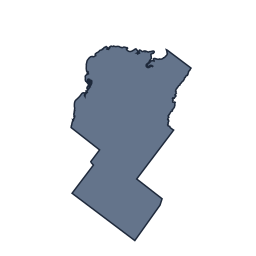 Port Pirie, South Australia, Australia, rotated 37°
{"feature_id": "25037944B53650156153507", "entity_name": "Port Pirie", "entity_type": "district", "adm_level": 2, "iso_a3": "AUS", "parent_name": "Australia", "parent_adm1": "South Australia", "projection": "equal_earth", "projection_center": [137.965, -33.365], "detail": "fine", "context": "isolated", "style": "filled", "palette": "slate", "viewbox_px": 256, "rotation_deg": 37, "n_neighbors": 0, "source": "geoboundaries", "source_scale": "gbopen_adm2", "svg_char_len": 5522}
<svg xmlns="http://www.w3.org/2000/svg" viewBox="0 0 256 256"><g transform="rotate(37 128 128)"><path d="M122.6,213.8L201.2,213.8L200.0,170.3L197.8,164.0L165.6,163.5L165.7,102.2L164.4,102.3L161.3,102.3L160.5,101.6L158.8,102.1L158.5,101.8L157.8,101.7L157.6,101.3L157.7,100.6L157.3,100.4L157.1,99.8L156.8,99.7L156.4,97.9L155.3,97.1L154.8,97.5L154.4,97.2L154.0,95.9L154.2,94.9L152.8,94.3L153.1,93.7L152.6,92.7L152.9,92.2L152.6,91.7L152.7,91.2L152.4,89.1L153.2,87.8L153.1,87.4L152.4,86.9L152.6,85.9L152.6,84.5L152.5,83.4L152.0,82.4L152.0,82.0L151.7,81.7L151.5,81.2L150.8,80.7L150.3,79.1L149.6,79.2L149.2,79.8L148.1,80.4L147.6,79.7L147.2,79.4L147.3,78.5L145.7,77.7L145.6,77.1L146.1,76.6L146.4,76.4L146.8,76.6L147.0,76.4L146.8,76.2L147.0,75.3L146.9,74.7L147.1,73.8L146.7,73.3L145.9,73.5L145.8,73.2L145.5,73.1L145.7,72.3L145.4,71.2L145.5,71.1L144.8,70.7L144.4,69.9L143.7,69.9L143.5,69.0L143.1,68.2L143.2,66.5L143.0,66.1L143.2,65.2L143.0,64.0L143.2,63.2L143.6,62.5L143.1,61.0L143.4,60.4L143.4,58.4L143.7,57.5L143.7,56.1L143.5,55.7L143.5,54.7L143.0,54.1L143.0,53.6L143.3,53.0L143.0,51.8L143.3,50.9L143.8,50.2L143.6,49.6L143.3,49.4L143.5,48.9L143.2,48.6L143.0,47.6L142.4,46.5L142.6,44.3L142.2,43.0L142.4,42.6L142.2,42.2L112.4,42.2L111.5,42.4L113.5,43.8L113.9,44.6L114.7,44.9L114.9,45.3L115.1,46.8L114.8,48.3L114.8,49.0L114.7,49.9L114.1,50.5L114.0,51.5L113.4,52.7L112.6,53.4L111.6,53.9L111.5,54.3L111.3,54.3L111.2,54.7L110.4,55.3L109.2,55.6L109.0,56.0L107.6,56.2L106.8,57.0L106.7,57.7L107.1,57.7L107.8,58.4L108.5,58.6L108.6,58.9L107.7,59.0L106.1,60.4L106.0,61.1L106.1,61.3L106.2,62.0L105.9,61.6L105.9,62.8L105.7,64.0L105.2,64.9L105.4,65.6L105.0,66.3L105.1,66.5L105.4,66.8L105.2,66.3L105.4,66.2L106.3,67.1L106.9,67.1L107.3,66.6L107.8,65.1L108.4,64.2L109.5,63.7L110.6,63.7L110.6,64.2L109.7,64.3L109.1,64.9L109.1,65.4L108.5,66.3L108.5,66.8L107.8,67.5L107.6,67.6L107.6,67.8L106.4,68.0L105.6,67.9L104.8,67.1L104.5,66.5L104.4,66.1L105.1,63.3L105.1,62.1L104.9,62.0L104.9,61.2L104.7,61.1L104.8,58.5L103.6,57.0L103.1,56.8L102.9,56.3L102.2,55.8L101.9,55.3L102.5,54.3L102.5,53.8L102.7,53.3L103.3,53.1L103.3,51.8L103.3,51.6L102.8,51.1L101.8,51.3L100.0,53.4L99.1,54.2L98.5,55.3L97.3,55.5L96.7,55.8L95.9,55.8L95.7,56.1L95.7,56.6L95.3,56.3L95.0,56.4L94.4,56.9L93.9,58.0L93.3,58.3L92.9,58.5L91.3,58.4L90.3,58.8L90.2,59.3L90.7,59.9L91.3,61.4L91.5,61.5L92.5,60.8L92.2,61.3L91.4,61.8L91.3,63.1L90.7,63.3L91.0,63.0L91.2,62.6L90.5,62.8L91.1,62.2L90.7,61.8L90.5,62.4L90.0,62.7L90.2,62.1L90.2,61.6L89.5,60.8L88.4,60.3L87.7,60.4L86.7,60.0L86.1,60.9L85.6,62.5L84.8,64.3L84.0,65.4L83.1,66.0L82.2,66.4L79.7,66.3L79.5,65.6L79.7,65.0L79.7,64.6L79.4,64.4L78.7,64.4L78.1,65.1L77.1,65.2L75.9,65.9L75.1,67.3L74.3,67.7L73.9,67.7L73.4,68.1L71.8,68.3L70.6,69.0L69.2,70.4L68.0,71.0L67.3,71.1L67.3,71.5L66.8,72.1L65.3,72.7L64.9,73.3L64.5,74.6L64.5,75.2L64.8,75.7L65.1,75.5L65.0,76.3L65.4,76.3L65.0,76.5L65.2,76.9L63.7,77.7L63.5,77.4L63.5,76.5L63.2,76.1L61.5,76.1L61.3,77.0L60.6,77.8L60.4,79.4L60.5,80.0L60.0,80.3L60.2,80.9L59.7,81.8L58.9,82.7L58.6,84.8L58.2,86.0L57.8,86.6L57.3,88.5L57.4,88.9L58.3,89.2L58.7,89.7L58.1,90.6L58.0,91.4L57.3,92.1L56.9,92.3L57.0,92.1L56.8,92.1L55.7,93.0L55.2,93.8L54.8,95.6L54.8,98.3L54.9,99.0L56.4,102.3L57.0,103.0L58.9,105.7L60.7,107.5L61.3,107.6L60.9,107.4L61.1,107.4L61.9,107.9L62.7,109.3L62.9,109.4L63.0,109.1L62.5,108.4L63.1,108.2L62.5,107.9L62.6,108.2L62.2,108.0L62.2,107.8L62.6,107.6L61.9,106.9L62.4,107.1L63.2,108.2L63.6,109.0L63.5,109.5L63.2,109.7L62.8,110.3L62.6,112.1L62.8,112.6L63.9,113.8L64.9,115.3L66.0,116.1L66.5,116.0L67.3,116.2L67.1,116.0L67.2,115.9L66.5,115.5L68.3,116.0L68.2,115.6L67.1,115.4L67.3,115.1L66.7,115.2L67.3,114.9L67.2,114.6L67.8,114.7L68.0,114.8L68.5,115.7L68.4,116.2L69.5,116.8L70.3,116.6L69.7,116.5L70.1,116.3L69.0,116.0L68.6,115.5L68.1,114.3L68.7,114.5L68.8,114.1L66.6,113.5L66.7,113.1L67.2,112.9L67.2,112.6L67.8,112.4L67.9,113.1L68.1,113.4L68.0,112.7L68.3,112.4L69.7,113.3L69.8,113.9L68.9,114.0L69.6,114.3L69.7,115.0L70.5,116.0L70.6,116.7L70.8,116.3L71.5,116.5L71.5,116.3L71.0,116.0L71.6,115.9L71.3,115.7L71.2,115.5L70.7,115.6L70.4,115.4L70.4,114.7L70.8,114.2L70.7,114.0L70.2,113.3L70.3,112.8L69.5,112.5L69.6,112.3L70.4,112.0L71.1,112.6L72.2,114.3L72.4,115.2L72.6,117.1L73.0,118.4L73.1,119.4L73.0,120.0L73.1,122.5L72.8,122.4L72.7,122.9L73.1,123.3L73.2,123.8L72.8,123.9L73.2,124.1L74.1,124.0L74.7,124.4L74.1,124.1L73.4,124.2L73.8,124.4L73.9,125.0L73.7,125.5L73.8,126.0L73.5,126.3L73.3,126.3L73.2,126.0L73.6,124.9L73.3,125.0L73.0,125.4L73.1,125.1L73.1,124.4L72.8,124.7L72.6,125.7L73.4,127.2L73.6,127.9L74.1,128.2L74.1,127.8L74.6,128.6L74.2,128.4L74.0,128.5L73.4,128.0L73.3,127.3L73.0,126.5L72.7,126.2L72.0,126.2L71.5,126.6L71.1,127.3L71.4,126.6L71.0,126.8L70.8,127.2L70.4,128.1L70.4,132.0L69.9,135.4L69.6,136.5L69.5,138.4L70.2,140.2L71.3,141.9L72.4,143.3L73.4,144.1L75.0,146.9L74.8,146.4L75.0,146.3L75.2,147.3L75.7,148.2L75.2,147.3L75.3,147.1L76.2,148.5L76.2,148.8L75.8,148.4L76.5,149.7L77.0,150.0L78.1,151.6L78.4,151.6L78.2,151.2L78.4,151.3L77.8,150.0L78.5,150.8L79.1,152.2L79.1,153.1L79.5,154.1L79.2,154.0L79.3,154.5L79.0,154.6L79.4,154.8L79.5,155.5L79.8,155.6L79.7,156.1L80.2,157.6L81.3,159.7L81.5,160.7L82.1,161.3L82.3,161.9L118.5,162.6L118.5,177.2L119.5,177.8L122.7,178.4L122.6,213.8ZM71.7,118.0L71.9,117.9L71.2,117.8L70.9,118.3L70.7,119.2L70.8,120.1L71.1,120.8L71.7,121.3L72.4,121.5L72.5,121.3L72.1,121.1L72.0,120.8L72.1,120.5L71.6,119.9L71.3,119.3L71.7,118.0ZM70.4,117.1L70.7,117.4L70.7,117.7L71.1,117.6L70.6,117.2L70.5,116.8L70.4,117.1Z" fill="#64748b" stroke="#1e293b" stroke-width="1.5"/></g></svg>